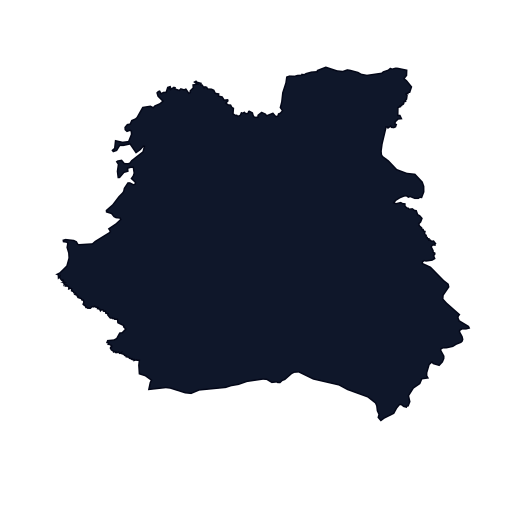 the district of Trakan Phuet Phon, Ubon Ratchathani, Thailand, rotated 81°
{"feature_id": "78962969B42152310983042", "entity_name": "Trakan Phuet Phon", "entity_type": "district", "adm_level": 2, "iso_a3": "THA", "parent_name": "Thailand", "parent_adm1": "Ubon Ratchathani", "projection": "robinson", "projection_center": [105.015, 15.601], "detail": "fine", "context": "isolated", "style": "filled", "palette": "ink", "viewbox_px": 512, "rotation_deg": 81, "n_neighbors": 0, "source": "geoboundaries", "source_scale": "gbopen_adm2", "svg_char_len": 5964}
<svg xmlns="http://www.w3.org/2000/svg" viewBox="0 0 512 512"><g transform="rotate(81 256 256)"><path d="M243.0,455.3L243.6,454.2L246.7,454.5L245.4,452.8L246.6,453.2L248.9,452.1L249.5,451.7L249.2,450.6L250.0,450.1L250.4,450.6L251.6,449.8L251.7,450.5L252.2,449.2L252.5,450.3L253.3,449.7L254.6,450.0L254.2,449.2L254.8,448.0L255.9,448.8L256.2,446.8L257.6,445.6L259.2,446.1L258.9,444.0L259.7,443.1L261.5,443.6L262.6,441.9L264.0,441.5L264.5,440.1L265.1,439.9L265.6,440.8L266.7,439.0L267.9,438.7L268.1,437.8L269.1,438.3L270.8,435.1L272.3,434.7L272.5,433.4L274.7,433.2L276.6,434.3L278.0,433.2L278.0,432.5L280.2,432.0L280.2,431.2L281.1,430.6L281.7,427.8L280.3,425.9L280.8,424.6L280.4,423.1L281.2,422.7L282.2,420.0L283.2,420.7L284.0,418.7L285.8,418.2L284.9,417.0L285.1,415.7L286.6,415.3L287.1,413.3L289.1,413.2L289.8,411.0L291.0,411.6L294.2,409.8L294.7,408.8L294.4,407.8L295.5,407.1L295.5,405.7L296.4,405.4L296.8,402.7L300.3,402.8L304.0,397.5L305.2,397.8L307.8,396.0L311.0,400.3L310.8,402.6L315.7,406.4L316.8,409.4L316.4,415.7L318.1,416.7L318.6,415.2L320.1,415.8L320.4,414.4L322.1,412.6L323.3,412.8L323.3,413.8L324.2,414.2L326.1,413.5L327.6,411.8L328.5,411.7L328.3,410.3L329.3,409.9L329.0,408.9L329.7,408.6L329.3,406.7L330.7,406.1L330.2,404.1L331.0,404.7L332.6,401.6L333.6,401.4L333.8,400.2L335.2,400.0L336.1,397.3L337.2,397.0L337.8,395.5L338.4,395.2L338.0,394.5L339.1,394.0L339.2,392.6L340.1,392.8L339.8,390.2L340.3,390.0L340.8,387.5L345.6,388.8L354.1,389.6L356.9,384.0L362.3,378.6L364.5,380.2L371.0,382.7L371.8,365.6L373.0,361.3L380.0,347.3L381.5,341.6L379.4,333.1L381.0,306.6L380.1,301.0L380.0,293.4L378.4,284.6L378.6,268.3L379.5,264.6L383.3,260.1L383.5,255.3L384.3,254.4L384.7,252.1L383.0,249.7L382.4,246.9L377.6,239.3L376.7,236.5L377.1,231.9L386.4,218.6L396.3,194.1L402.2,186.4L412.6,167.6L419.8,160.9L422.8,160.1L427.9,160.3L431.7,159.2L434.5,160.5L438.0,158.4L436.1,154.8L432.9,144.6L428.1,140.9L425.1,137.5L425.4,135.7L427.7,133.6L428.7,131.3L428.0,131.3L427.8,129.2L423.9,126.9L417.8,127.3L411.0,121.3L407.6,114.2L403.2,111.5L403.3,105.3L401.0,106.2L398.0,105.7L390.2,102.0L388.2,98.8L390.0,97.7L392.6,92.2L389.7,88.5L386.6,86.6L384.3,86.2L378.1,88.4L376.7,88.0L375.9,85.8L376.4,82.2L376.0,75.8L374.4,72.1L373.3,67.2L372.4,65.8L370.7,64.9L367.9,65.1L362.8,66.9L361.3,66.5L360.2,64.0L360.8,59.9L360.5,56.7L358.8,57.2L351.8,65.5L348.7,66.3L347.0,65.7L345.7,64.3L332.4,75.3L327.8,78.3L324.0,77.4L316.7,70.5L313.9,70.7L309.7,74.6L294.4,85.5L289.4,93.0L287.7,92.4L286.8,90.7L287.5,88.8L287.6,82.8L286.5,79.9L283.5,80.6L282.1,79.1L281.1,79.0L280.1,80.5L278.3,80.3L274.3,81.6L272.7,79.9L273.2,77.5L272.1,77.4L271.8,76.8L269.0,78.3L269.0,80.4L267.6,81.3L267.5,82.7L266.2,82.4L265.6,84.0L264.5,84.0L263.5,85.1L262.2,84.7L261.8,85.5L260.0,86.0L258.2,85.3L257.6,86.7L256.0,86.8L255.6,88.0L254.1,88.0L251.7,90.0L249.6,90.2L248.1,88.1L244.8,86.2L241.8,88.1L240.5,89.9L236.3,90.7L235.8,92.4L233.9,94.2L233.8,97.6L232.7,98.1L232.2,99.5L230.1,101.1L227.8,100.8L227.2,103.1L225.9,104.7L226.3,109.5L225.0,111.7L222.8,109.2L220.9,104.8L219.9,100.4L220.0,98.0L221.7,96.3L221.3,94.4L223.9,90.1L224.4,86.6L223.6,85.0L224.1,83.3L218.9,80.3L213.5,79.5L209.0,80.3L200.2,86.3L198.0,94.3L192.7,103.6L182.8,110.4L177.6,115.5L175.7,116.3L172.1,116.1L165.0,114.0L148.8,107.3L149.3,105.9L150.2,105.6L148.6,102.6L150.1,102.1L150.7,99.8L150.2,98.0L148.1,96.9L147.5,98.1L145.3,97.6L142.9,94.2L143.1,90.9L139.7,91.9L139.3,94.0L131.5,92.6L131.1,90.1L130.3,90.2L130.2,88.6L129.0,87.9L129.2,87.0L128.6,86.3L127.1,86.1L126.6,84.0L125.5,84.1L124.6,82.8L121.0,81.7L119.5,82.7L119.1,82.3L119.3,80.7L118.8,80.9L118.2,79.9L118.3,78.6L113.3,76.0L106.4,80.0L104.0,82.2L101.2,79.1L96.1,78.1L92.8,86.8L92.4,88.8L92.8,92.3L91.8,94.0L93.2,96.2L94.1,101.5L95.2,103.1L95.0,118.2L93.0,123.8L90.7,126.6L87.4,134.0L86.5,136.7L87.4,141.4L85.9,147.0L80.5,157.5L82.4,166.3L83.6,166.5L83.1,172.5L83.7,178.0L84.5,179.9L83.9,182.2L84.5,182.3L84.6,183.6L84.2,186.7L84.6,189.7L83.6,194.8L84.1,197.6L89.7,199.3L99.0,204.0L107.8,206.4L113.2,208.7L116.7,207.0L118.8,209.6L119.2,211.5L121.3,212.5L121.4,214.7L117.7,217.0L119.2,223.6L117.4,224.5L115.1,228.0L117.3,231.9L119.3,232.4L118.8,235.9L116.8,236.9L114.1,237.2L112.0,240.0L112.1,240.6L114.0,241.6L113.8,244.0L112.3,245.0L112.9,246.9L112.3,248.0L114.8,249.6L115.2,252.2L114.0,253.0L113.9,254.4L112.0,256.5L106.6,255.2L105.6,256.6L103.0,257.5L102.5,259.8L100.3,261.9L98.4,259.5L97.3,259.6L97.1,263.1L93.6,264.6L92.2,268.1L90.1,267.5L89.0,270.8L85.7,271.8L84.3,273.9L83.5,277.8L81.7,278.3L80.9,280.0L82.0,281.0L78.7,282.5L78.4,283.8L76.9,283.3L75.1,287.2L74.0,287.9L74.6,289.5L77.1,286.8L77.2,291.4L80.1,291.6L82.6,295.1L84.2,295.3L84.9,296.9L80.2,299.2L80.7,301.0L79.2,304.1L80.5,305.9L78.3,310.0L77.1,309.6L76.6,310.8L78.3,314.3L77.2,315.8L76.5,314.1L75.3,314.3L75.7,316.8L80.3,319.1L80.0,321.7L80.9,324.4L78.1,325.4L78.3,326.7L79.4,328.2L82.9,327.7L88.5,323.6L90.6,327.0L92.0,332.4L93.5,334.3L91.6,336.9L91.6,344.6L100.7,351.8L101.8,353.5L102.8,357.5L106.1,359.6L106.1,362.5L108.5,365.2L110.8,365.4L112.7,363.9L112.1,360.8L113.2,359.6L116.4,359.9L123.1,363.9L122.9,370.0L120.2,376.7L127.6,378.7L129.2,381.3L130.5,380.6L129.9,377.2L125.4,373.3L126.0,369.7L125.6,362.8L135.1,358.3L132.8,353.8L129.8,350.1L130.3,349.0L135.5,351.3L142.4,363.8L144.6,366.0L144.9,367.9L144.2,371.6L140.5,373.8L140.6,377.8L141.1,378.8L143.9,377.5L150.7,379.6L156.9,379.8L157.1,378.5L152.7,373.4L152.2,369.3L149.2,369.1L148.8,366.1L149.1,363.3L155.1,363.3L157.8,364.7L160.0,366.9L164.4,363.5L166.1,364.1L166.6,365.8L164.1,369.2L163.8,371.0L168.6,375.4L171.5,376.5L172.9,377.8L176.0,382.0L183.1,389.4L187.6,396.6L189.1,396.7L191.4,392.0L194.9,390.0L196.2,388.2L197.2,384.3L198.8,383.8L202.4,389.1L206.1,397.1L208.7,395.9L210.0,396.9L216.5,412.5L218.5,415.6L217.2,429.2L216.6,430.3L213.9,431.2L212.2,433.6L210.0,441.5L210.3,443.9L211.7,443.9L212.7,440.7L213.9,439.8L218.0,441.2L223.7,440.4L228.8,440.9L236.3,444.3L242.1,452.4L243.0,455.3Z" fill="#0f172a" stroke="#020617" stroke-width="1.5"/></g></svg>